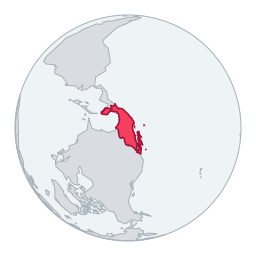 Mexico on an orthographic globe, rotated 204°
{"feature_id": "MEX", "entity_name": "Mexico", "entity_type": "country or territory", "adm_level": 0, "iso_a3": "MEX", "parent_name": "North America", "parent_adm1": "", "projection": "orthographic", "projection_center": [-103.635, 23.63], "detail": "fine", "context": "on_globe", "style": "filled", "palette": "rose", "viewbox_px": 256, "rotation_deg": 204, "n_neighbors": 0, "source": "natural_earth", "source_scale": "50m", "svg_char_len": 14129}
<svg xmlns="http://www.w3.org/2000/svg" viewBox="0 0 256 256"><g transform="rotate(204 128 128)"><circle cx="128" cy="128" r="113" fill="#eef3f6" stroke="#a8b0b8"/><path d="M22.8,166.8L23.1,167.6L22.8,166.8ZM175.9,153.4L173.4,152.7L171.2,156.3L162.2,152.5L158.5,146.5L128.2,138.5L124.6,135.2L123.7,129.6L109.5,111.3L117.5,128.7L112.8,125.4L108.3,119.2L109.9,117.6L105.7,108.5L100.9,104.9L97.6,93.4L101.0,79.2L103.1,81.5L103.7,78.1L101.1,75.1L99.3,74.1L97.9,60.9L90.3,53.8L85.0,54.9L88.4,52.3L76.5,57.0L70.6,56.8L79.1,55.1L81.3,53.5L78.2,52.2L79.8,50.3L79.2,48.7L81.4,46.7L86.2,46.3L87.7,45.1L85.4,44.2L86.1,42.0L89.3,43.3L90.9,39.6L99.3,38.9L106.0,45.4L112.4,44.5L124.0,50.0L124.8,48.3L129.6,49.7L132.3,48.3L133.7,50.1L134.6,47.5L132.8,46.2L132.6,44.8L134.0,43.9L136.0,45.9L135.6,46.6L136.9,46.7L137.4,48.1L137.9,47.0L140.2,49.7L140.0,45.9L143.6,47.1L144.6,49.2L141.7,50.4L136.9,59.5L137.0,62.6L140.0,65.4L151.4,67.3L152.7,70.4L156.4,73.5L157.0,70.9L154.3,67.7L156.3,64.1L152.8,60.9L153.1,59.1L150.5,55.5L153.9,54.6L158.5,55.8L160.8,58.8L162.9,59.5L163.1,55.7L169.6,60.8L178.0,63.4L179.3,65.1L177.7,69.6L171.6,71.7L169.4,78.8L173.9,72.9L177.2,77.7L179.0,78.1L180.6,77.2L180.5,75.0L182.3,76.5L178.6,82.6L176.9,81.3L178.1,79.3L175.3,80.5L172.8,85.2L174.7,87.5L168.9,93.1L170.2,95.0L169.7,97.4L168.0,94.0L170.9,100.5L164.5,109.8L168.2,121.6L161.3,113.3L156.8,113.0L151.6,114.0L152.2,115.9L144.6,115.5L138.9,120.4L138.5,130.1L142.3,137.0L150.6,136.4L152.3,132.0L157.9,130.4L155.5,141.8L165.6,141.7L165.5,149.8L168.6,153.4L173.3,151.4L178.2,152.3L181.1,147.0L186.1,143.2L186.8,149.6L189.1,143.0L192.2,145.3L201.7,141.9L201.1,143.6L209.2,148.2L216.9,148.0L218.7,151.6L217.9,154.8L220.3,154.3L220.3,156.1L228.8,153.2L232.3,154.4L231.5,160.5L227.4,169.9L220.8,185.8L212.7,194.3L208.7,200.4L199.0,210.3L194.3,212.0L193.7,214.7L189.5,217.7L185.9,219.1L183.6,221.5L180.9,222.4L181.5,223.2L174.7,227.1L173.9,228.7L168.4,231.4L167.9,232.2L166.7,232.5L164.8,233.2L163.8,233.7L161.1,233.9L163.0,231.8L165.9,230.2L164.3,230.4L170.7,226.2L168.2,227.4L172.9,221.5L178.7,215.6L186.5,198.3L185.2,195.3L178.5,192.8L170.6,180.5L173.5,174.0L171.5,171.5L178.2,161.4L175.9,153.4ZM44.0,120.8L44.5,118.2L45.3,120.2L44.0,120.8ZM44.0,116.4L44.0,117.3L43.9,116.5L44.0,116.4ZM43.5,115.6L43.9,116.2L43.3,115.8L43.5,115.6ZM42.6,114.9L43.1,115.2L43.0,115.3L42.6,114.9ZM168.5,125.7L180.0,129.1L174.2,131.2L175.2,129.9L172.1,128.1L166.7,127.0L161.4,129.2L168.5,125.7ZM41.5,113.1L41.3,112.5L41.8,112.5L41.5,113.1ZM171.9,118.2L169.9,118.1L171.7,117.7L171.9,118.2ZM98.2,74.0L100.9,75.3L102.6,78.8L100.2,77.9L98.2,74.0ZM95.2,67.8L96.9,67.7L96.1,71.0L95.3,70.0L95.2,67.8ZM80.9,56.3L82.8,56.9L80.4,57.0L80.9,56.3ZM78.7,48.9L77.6,49.3L77.8,48.3L78.7,48.9ZM148.9,56.3L149.7,56.0L149.7,56.8L148.9,56.3ZM147.0,55.2L146.5,56.5L145.5,56.2L145.9,55.4L147.0,55.2ZM81.3,44.4L81.8,42.9L82.1,44.4L81.3,44.4ZM147.9,53.8L143.9,55.5L142.2,54.9L142.1,51.6L147.9,53.8ZM82.7,41.9L83.9,38.4L81.7,39.0L88.7,35.5L85.3,39.5L86.0,41.1L84.3,40.9L82.7,41.9ZM131.6,46.2L133.6,47.5L130.7,47.3L131.6,46.2ZM129.8,46.4L121.1,48.2L118.9,46.1L122.2,45.8L118.3,43.8L121.5,41.9L124.4,42.5L125.2,44.2L125.8,42.2L129.8,46.4ZM92.4,34.3L93.4,33.5L93.2,34.3L92.4,34.3ZM132.3,44.1L130.7,44.6L128.7,42.7L131.4,41.5L131.2,42.5L132.3,44.1ZM115.7,44.4L114.7,42.9L117.0,40.9L116.9,40.0L121.4,41.6L115.7,44.4ZM132.4,42.5L132.9,40.9L135.1,41.1L133.7,43.6L132.4,42.5ZM127.0,42.8L126.2,41.9L127.5,42.0L127.0,42.8ZM143.3,41.2L141.5,41.6L140.3,40.6L143.3,41.2ZM132.9,40.3L132.2,40.3L131.5,40.0L132.3,39.1L132.9,40.3ZM122.7,40.2L123.9,39.7L121.0,39.4L122.6,38.0L125.3,39.4L124.8,38.2L125.3,37.8L127.0,39.4L122.7,40.2ZM131.0,37.3L135.0,38.9L138.6,38.3L139.8,39.1L133.7,40.0L131.0,37.3ZM128.5,38.4L130.3,37.9L130.9,39.0L130.0,40.1L128.5,38.4ZM122.8,36.6L119.6,38.4L119.1,38.0L122.8,36.6ZM132.0,36.9L131.0,36.6L132.2,36.7L132.0,36.9ZM125.5,36.4L124.4,37.0L123.9,36.6L125.5,36.4ZM129.9,35.4L131.2,35.9L130.6,36.6L129.9,35.4ZM127.8,35.7L127.3,35.0L129.6,36.5L127.4,36.0L127.8,35.7ZM125.1,35.9L124.5,35.9L125.7,35.7L125.1,35.9ZM131.3,32.7L134.4,34.5L133.1,36.0L130.3,34.0L131.3,32.7ZM164.9,233.9L161.0,234.1L163.5,233.9L167.2,232.5L168.6,232.6L164.9,233.9ZM174.9,229.7L178.1,228.3L178.3,228.4L176.2,229.4L174.9,229.7ZM202.7,43.7L202.4,43.5L206.8,48.0L216.5,59.2L218.2,62.2L217.8,63.1L210.1,55.1L207.2,49.4L204.4,47.0L201.4,45.8L200.8,44.3L199.2,43.3L197.8,41.3L192.2,37.0L190.2,35.1L184.6,32.1L182.8,30.9L186.6,32.9L188.2,33.5L182.8,29.6L180.7,28.5L177.6,27.0L176.5,26.4L174.1,25.5L169.3,23.3L173.2,25.3L169.5,24.2L164.8,22.4L164.3,22.5L172.0,25.5L174.4,26.4L175.4,26.5L182.7,29.9L185.3,31.6L180.3,29.8L183.4,32.2L178.2,30.1L160.7,22.7L155.1,20.6L153.0,18.6L156.2,19.3L158.6,20.2L159.5,20.0L157.9,19.7L157.0,19.3L153.3,18.5L152.5,18.2L150.4,18.1L148.9,17.7L150.3,17.8L143.6,16.7L139.8,16.1L138.7,16.0L133.7,15.6L133.1,15.6L134.5,15.7L134.2,15.9L131.7,16.2L130.1,16.0L130.8,15.8L130.0,15.4L132.0,15.4L131.8,15.4L140.5,16.1L149.0,17.3L157.5,19.3L165.7,21.9L173.7,25.1L181.5,28.9L189.0,33.3L196.0,38.2L202.7,43.7ZM130.9,15.4L129.0,15.4L130.0,15.8L129.0,16.1L128.0,15.8L128.3,15.9L127.3,16.0L124.8,15.9L125.7,16.3L116.7,18.7L111.1,19.2L111.3,18.4L103.4,20.9L97.7,22.0L98.9,22.1L96.0,23.7L97.7,23.4L98.1,23.6L91.4,28.6L88.6,29.9L87.1,32.8L87.8,32.9L89.8,32.1L88.7,35.5L81.7,39.0L80.6,38.5L77.0,41.3L75.0,39.9L71.6,40.3L71.5,37.6L68.9,38.5L67.8,39.5L63.3,41.7L58.1,43.1L67.3,37.2L76.1,35.7L72.9,35.7L75.1,34.5L74.9,33.7L72.5,34.1L71.4,34.9L75.1,30.0L72.4,30.2L69.0,32.5L65.5,34.7L60.0,38.2L66.9,33.4L74.1,29.1L81.7,25.3L89.5,22.1L97.5,19.6L105.7,17.6L114.1,16.2L122.5,15.5L130.9,15.4ZM239.8,114.5L239.8,114.2L236.7,104.8L235.0,97.8L232.3,92.0L218.6,62.8L218.2,61.2L213.3,54.5L218.5,61.0L223.2,67.8L227.4,75.0L231.0,82.5L234.1,90.3L236.6,98.2L238.5,106.3L239.8,114.5ZM226.3,74.8L227.4,76.6L226.3,74.8ZM202.0,141.7L203.2,142.6L201.8,143.1L202.0,141.7ZM173.9,134.0L176.1,133.7L177.4,134.4L175.8,135.1L173.9,134.0ZM191.6,129.6L193.9,129.5L191.7,130.8L191.6,129.6ZM181.7,129.4L189.7,130.0L185.3,133.2L180.1,132.9L183.4,131.5L181.7,129.4ZM171.7,122.2L173.1,122.4L173.0,123.7L171.7,122.2ZM173.2,117.9L172.6,118.1L171.7,117.3L173.2,117.9ZM177.4,77.3L177.8,76.9L179.6,76.5L179.1,77.6L177.4,77.3ZM185.0,70.0L187.7,72.6L185.5,71.4L185.4,73.2L180.7,73.1L179.8,65.9L181.0,69.1L185.0,70.0ZM174.1,71.4L177.2,72.0L173.8,71.7L174.1,71.4ZM192.0,40.6L192.7,40.3L195.0,41.8L197.5,45.1L194.2,42.8L192.0,40.6ZM193.1,39.6L187.4,37.4L185.6,35.6L187.6,36.9L187.0,35.9L190.0,37.9L193.8,38.6L196.0,40.1L199.5,44.8L197.1,42.3L196.6,42.6L193.1,39.6ZM176.2,37.7L173.7,37.5L173.0,33.7L175.4,34.4L178.1,37.4L176.8,38.4L176.2,37.7ZM148.6,47.9L147.7,48.6L147.1,48.0L147.4,46.9L148.6,47.9ZM142.5,41.5L151.9,44.4L151.3,45.3L157.5,46.3L158.4,49.2L154.4,48.3L159.7,51.5L156.5,51.8L160.2,53.8L151.2,51.6L148.5,52.4L151.2,50.4L150.4,47.8L149.2,46.8L144.0,44.8L137.7,45.4L136.0,43.1L136.4,41.4L137.6,40.9L138.4,42.5L139.5,40.7L141.5,42.6L142.5,41.5ZM142.1,26.4L142.5,27.7L145.0,25.8L147.1,27.2L147.3,26.9L149.8,27.7L153.3,28.3L153.8,29.1L154.9,29.0L156.6,29.7L158.3,29.9L159.9,31.4L162.1,31.8L161.5,32.3L164.9,32.7L163.1,33.1L165.2,34.3L165.8,33.3L170.0,42.4L173.1,46.4L176.8,49.7L173.1,50.4L167.4,47.9L161.3,44.2L158.8,40.4L157.6,41.6L156.0,40.2L157.6,39.9L154.3,39.6L153.4,38.4L147.9,36.1L143.6,36.7L141.5,36.0L142.8,35.2L139.8,35.1L140.7,33.1L139.3,32.6L138.7,30.4L142.0,29.3L140.1,28.8L139.6,27.3L142.1,26.4ZM131.3,32.1L134.8,30.1L137.6,30.0L137.4,34.1L138.6,34.8L138.5,37.7L134.4,37.9L134.8,37.0L134.3,36.2L135.8,36.5L134.1,35.7L134.6,34.5L133.5,33.6L134.9,33.2L131.3,32.1ZM207.6,48.3L207.0,47.7L206.4,47.2L207.6,48.3ZM205.8,46.5L205.2,46.0L203.8,44.7L205.6,46.3L205.8,46.5ZM185.6,32.1L184.4,31.3L185.0,31.5L186.5,32.4L185.6,32.1ZM150.1,22.3L149.8,22.8L149.1,22.6L146.5,23.2L144.7,22.4L145.6,21.7L150.1,22.3ZM147.8,21.5L146.9,21.8L146.6,21.2L147.8,21.5ZM143.4,21.9L142.7,21.2L144.2,22.4L143.4,21.9ZM131.8,17.1L137.4,17.0L140.2,16.9L140.0,16.5L142.6,17.2L138.3,17.4L131.8,17.1ZM118.8,18.4L119.0,19.1L117.3,19.1L117.0,18.9L118.8,18.4ZM120.0,18.6L123.2,18.9L122.3,19.5L119.9,19.1L120.0,18.6ZM135.6,19.5L137.4,19.5L137.6,19.9L135.6,19.5ZM22.6,167.3L23.4,169.2L22.9,168.4L22.6,167.3ZM23.1,167.6L22.5,166.7L22.8,166.8L23.1,167.6ZM54.8,42.4L56.2,41.3L52.9,44.2L51.3,45.6L51.0,45.7L54.8,42.4ZM56.1,41.4L57.8,40.0L66.8,34.0L67.9,33.6L59.3,39.2L60.5,38.2L58.9,39.3L56.1,41.4ZM92.4,33.5L93.3,33.5L92.1,34.0L92.4,33.5ZM99.2,23.4L99.5,23.7L98.0,24.2L99.2,23.4ZM99.5,25.0L101.0,24.2L100.1,25.2L99.5,25.0ZM104.0,22.6L101.8,24.0L103.0,22.6L104.0,22.6Z" fill="#d9dde1" stroke="#a8b0b8" stroke-width="1"/><path d="M105.8,109.5L109.8,109.5L109.5,109.9L115.6,112.6L120.3,112.8L120.4,111.9L123.3,112.0L123.8,112.6L124.0,112.7L124.8,113.6L125.8,114.4L126.2,115.2L126.2,115.5L126.3,115.8L126.7,116.3L127.4,116.8L127.6,116.9L128.6,117.5L128.9,117.4L129.3,117.0L129.5,116.2L130.0,115.9L130.3,115.7L130.8,115.9L131.5,115.9L132.9,117.1L133.7,118.4L133.8,118.7L134.1,119.0L134.7,119.9L135.2,120.2L135.2,120.6L135.3,120.9L135.3,121.2L135.7,121.7L136.0,122.3L136.6,122.5L137.3,122.8L138.3,123.1L138.7,123.1L139.0,123.4L139.2,123.2L139.4,123.2L139.4,123.6L138.9,125.0L138.7,126.3L138.6,127.5L138.6,129.1L138.5,129.8L138.5,130.0L138.7,130.8L139.0,131.3L139.5,131.8L139.4,132.4L139.3,132.2L139.4,131.8L139.0,131.4L138.7,130.9L138.9,131.8L139.2,132.0L139.8,133.3L139.8,133.5L141.2,135.1L141.6,136.1L142.2,136.6L142.3,136.9L142.6,137.1L142.3,137.0L142.9,137.3L143.0,137.3L142.7,137.1L143.0,137.2L143.7,137.2L144.0,137.5L144.4,137.5L144.9,138.2L145.1,138.2L145.6,138.1L146.7,137.5L147.5,137.5L147.9,137.4L148.1,137.3L148.2,137.1L148.7,136.9L149.6,136.8L149.6,137.1L149.9,137.2L150.4,137.2L150.8,136.8L150.8,136.6L150.7,136.5L150.7,136.3L150.5,136.5L150.5,136.3L151.4,135.8L151.7,135.3L151.7,134.6L152.1,134.1L152.0,132.9L152.2,132.0L153.1,131.4L154.7,131.0L155.4,130.6L156.2,130.4L157.6,130.6L157.7,130.4L157.3,130.4L157.8,130.2L157.9,130.3L158.3,130.5L158.4,130.9L158.5,131.1L158.3,131.8L157.8,132.4L157.5,133.0L157.5,133.3L157.5,133.7L157.3,133.9L157.1,134.2L157.2,134.4L157.6,134.3L157.5,134.5L157.3,134.8L157.5,134.9L157.4,135.8L157.2,136.1L157.2,136.7L157.0,136.9L156.9,136.6L156.7,136.5L156.7,136.0L156.7,135.8L156.4,136.1L156.3,136.6L155.9,136.7L155.8,137.0L155.4,137.7L155.3,137.8L155.0,137.7L154.8,137.7L154.8,138.0L151.5,138.4L151.5,139.5L150.8,139.5L151.6,140.2L152.1,140.5L152.3,140.9L152.7,141.0L152.7,141.7L150.3,141.9L149.5,143.5L149.8,143.9L149.7,144.1L149.6,144.4L149.7,144.6L149.5,144.9L148.4,143.9L147.7,143.3L146.3,142.2L145.4,141.8L145.3,142.0L145.7,142.1L146.1,142.3L145.2,142.0L144.9,142.0L145.0,141.8L144.9,141.7L144.6,141.9L144.6,141.7L144.4,141.6L144.2,141.9L144.6,142.0L144.0,142.1L143.4,142.6L142.8,142.8L142.0,143.2L141.5,143.3L140.9,143.2L140.2,142.9L139.1,142.8L138.4,142.4L137.6,142.2L137.2,141.8L135.4,141.5L134.8,141.1L133.2,140.6L132.2,140.0L132.0,139.8L131.8,139.7L131.2,139.1L130.7,139.1L129.7,138.9L128.4,138.4L127.5,137.4L126.6,136.9L125.6,136.5L125.3,136.0L124.9,135.7L124.6,135.2L124.3,134.3L124.5,134.1L124.8,134.1L125.0,134.0L125.0,133.8L124.9,133.6L124.6,133.6L125.1,132.9L125.1,132.2L124.7,131.9L124.3,131.2L124.3,130.5L124.1,129.9L123.0,128.8L122.7,128.3L122.1,127.4L120.6,126.2L121.0,126.5L121.1,126.2L120.5,126.1L120.3,125.9L120.2,125.8L120.2,125.6L119.7,125.0L120.0,125.1L119.6,124.8L119.0,124.4L118.9,124.3L118.9,124.1L118.4,124.2L118.5,124.0L118.7,123.7L118.5,123.9L118.2,124.0L118.0,123.9L117.8,123.7L117.8,123.1L118.2,122.6L118.3,122.7L118.2,122.5L118.1,122.1L117.7,121.7L117.3,121.7L117.1,121.4L117.0,121.0L116.4,120.8L116.1,120.5L115.9,120.2L115.9,119.8L116.0,119.4L115.7,119.3L115.4,119.3L115.0,119.1L114.8,118.8L114.5,118.3L114.1,118.1L113.7,117.4L113.4,117.0L113.3,116.5L113.1,116.3L113.0,115.9L112.6,115.0L112.5,114.4L112.1,113.7L112.1,113.4L112.1,113.1L112.1,112.9L112.2,112.7L111.3,112.3L111.3,112.1L111.1,111.9L110.8,111.7L110.7,111.9L109.3,111.1L109.4,111.3L109.4,111.6L109.3,111.8L109.2,112.5L109.4,112.9L109.4,113.3L109.5,113.8L109.4,114.3L109.5,114.8L109.8,115.1L110.1,115.4L110.7,116.1L111.1,116.7L111.1,117.0L111.3,117.0L111.4,117.3L111.6,117.3L111.7,117.9L112.1,118.1L112.1,118.3L112.2,118.5L112.2,118.9L112.2,119.3L112.5,119.6L112.9,119.9L113.1,120.6L113.4,120.8L113.4,121.0L113.6,121.3L113.6,121.6L113.8,121.8L113.7,121.4L113.7,121.2L114.1,121.6L114.1,121.8L114.3,122.0L114.5,122.7L114.5,123.4L114.7,123.8L114.9,123.9L115.1,124.7L115.5,125.3L115.3,125.8L115.4,126.3L115.6,126.6L115.9,126.6L115.9,126.8L116.1,126.6L116.0,126.4L116.6,126.7L116.9,127.2L117.1,127.4L117.1,127.7L117.4,127.8L117.6,128.1L117.4,128.7L116.8,129.1L116.5,129.2L116.4,129.0L116.2,128.3L115.9,127.8L115.4,127.5L114.8,126.7L114.1,126.2L113.7,125.8L113.4,125.8L113.4,125.5L113.0,125.2L112.9,124.8L113.1,123.9L113.0,123.1L112.6,122.5L112.2,122.2L111.6,121.7L111.4,121.4L111.4,120.9L111.2,121.2L110.9,121.2L110.6,121.3L110.2,120.8L109.9,120.7L109.2,120.2L109.1,119.8L108.4,119.2L108.3,118.9L109.1,119.1L109.3,119.1L109.6,119.0L109.8,119.4L109.8,119.1L109.8,118.9L109.6,118.9L109.8,118.7L110.0,118.3L110.1,117.9L110.0,117.6L108.8,116.0L108.4,115.8L107.6,115.1L107.5,114.8L107.4,114.7L107.5,114.0L107.4,113.9L107.2,113.8L107.2,113.0L106.8,112.7L106.8,112.2L106.4,111.5L106.4,111.2L106.5,111.1L106.5,110.9L106.2,110.6L106.1,110.2L105.9,109.9L105.8,109.5ZM113.3,117.0L113.2,117.5L112.8,117.3L112.9,116.7L113.0,116.6L113.3,117.0ZM111.7,116.8L111.5,116.7L111.2,116.3L111.1,116.1L111.1,115.7L111.3,115.9L111.4,116.2L111.7,116.3L111.7,116.8ZM158.6,132.2L158.3,132.8L158.2,132.6L158.2,132.4L158.3,132.3L158.6,132.2ZM113.0,125.8L112.8,125.5L112.8,125.4L112.6,125.3L112.7,124.9L112.9,124.3L112.8,125.2L113.0,125.8ZM108.2,118.3L108.1,118.5L107.8,118.4L108.0,118.2L108.0,117.9L108.2,118.3ZM103.1,116.3L102.9,115.9L103.0,115.8L103.1,116.3ZM113.6,126.1L113.1,125.8L113.3,125.8L113.6,126.1ZM122.8,131.9L122.7,132.1L122.5,131.7L122.7,131.8L122.8,131.9ZM115.7,125.0L115.5,124.8L115.7,125.0ZM114.9,122.9L114.9,123.1L114.6,123.3L114.7,122.9L114.9,122.9ZM114.5,137.3L114.4,137.3L114.2,137.2L114.4,137.0L114.5,137.3ZM150.1,136.8L149.9,136.8L150.3,136.6L150.1,136.8ZM117.0,126.7L116.8,126.6L116.8,126.4L117.0,126.7L117.0,126.7Z" fill="#f43f5e" stroke="#9f1239" stroke-width="1.5"/></g></svg>